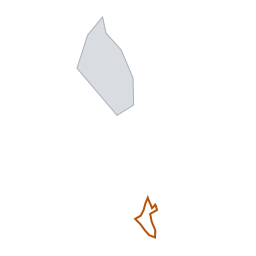 Carriacou and Petite Martinique highlighted on a map of Grenada, rotated 133°
{"feature_id": "GRD-5069", "entity_name": "Carriacou and Petite Martinique", "entity_type": "Dependency", "adm_level": 1, "iso_a3": "GRD", "parent_name": "Grenada", "parent_adm1": "", "projection": "orthographic", "projection_center": [-61.462, 12.485], "detail": "fine", "context": "in_parent", "style": "outline", "palette": "amber", "viewbox_px": 256, "rotation_deg": 133, "n_neighbors": 0, "source": "natural_earth", "source_scale": "10m", "svg_char_len": 550}
<svg xmlns="http://www.w3.org/2000/svg" viewBox="0 0 256 256"><g transform="rotate(133 128 128)"><path d="M87.7,220.9L64.1,222.4L73.5,209.0L75.6,186.2L88.0,158.4L107.3,139.6L126.2,144.6L119.1,206.0L87.7,220.9Z" fill="#d9dde1" stroke="#a8b0b8" stroke-width="1"/><path d="M189.6,60.8L183.4,58.9L177.4,60.6L171.5,63.7L165.5,66.0L166.7,63.7L169.1,58.0L170.3,55.8L169.2,55.6L165.5,55.8L166.0,54.4L168.1,50.9L175.7,53.2L180.3,46.9L184.2,38.3L189.6,33.6L191.9,39.5L191.3,46.1L189.9,53.3L189.6,60.8Z" fill="none" stroke="#b45309" stroke-width="2"/></g></svg>